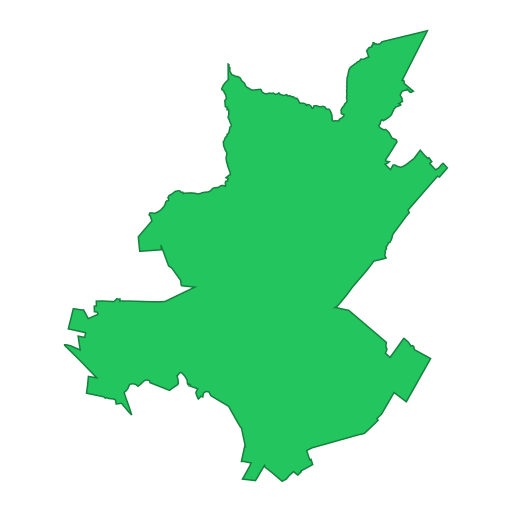 Epazoyucan, Hidalgo, Mexico
{"feature_id": "50627088B39262816099819", "entity_name": "Epazoyucan", "entity_type": "district", "adm_level": 2, "iso_a3": "MEX", "parent_name": "Mexico", "parent_adm1": "Hidalgo", "projection": "albers", "projection_center": [-98.645, 20.038], "detail": "fine", "context": "isolated", "style": "filled", "palette": "green", "viewbox_px": 512, "rotation_deg": 0, "n_neighbors": 0, "source": "geoboundaries", "source_scale": "gbopen_adm2", "svg_char_len": 5991}
<svg xmlns="http://www.w3.org/2000/svg" viewBox="0 0 512 512"><path d="M406.3,401.8L430.6,358.6L414.5,349.7L413.7,346.4L412.5,345.6L410.9,346.0L408.3,342.1L404.0,338.3L403.8,338.3L390.1,357.4L385.4,353.3L387.0,349.2L386.9,348.9L386.7,348.9L385.8,345.7L386.4,342.4L348.7,310.3L340.7,308.7L336.0,307.4L335.2,307.5L338.1,305.3L346.6,295.1L352.7,286.8L366.8,270.4L373.9,261.1L383.6,258.8L386.1,258.0L384.8,255.5L384.9,254.0L385.3,253.2L385.3,250.4L386.4,249.1L386.5,248.6L386.0,246.9L387.2,245.7L388.1,243.6L388.1,243.1L390.0,242.3L391.7,238.8L392.5,235.4L393.1,234.0L405.8,216.8L409.3,212.6L408.0,210.1L437.5,176.2L439.4,177.1L447.4,167.9L443.2,163.4L442.6,163.5L440.9,165.3L438.9,167.8L435.6,169.8L429.7,163.5L431.8,161.6L430.6,160.2L430.4,159.6L428.9,157.7L427.9,158.5L424.6,155.3L420.2,150.2L414.0,158.5L407.5,163.6L404.9,165.4L402.9,166.5L400.7,167.3L397.6,166.4L394.9,165.0L393.0,165.1L390.5,169.7L385.0,164.2L388.1,162.8L389.3,161.7L385.8,161.1L385.5,159.9L389.5,153.9L397.0,141.8L396.3,139.9L392.8,138.3L392.1,138.3L389.2,132.9L387.3,130.8L385.6,129.5L383.7,129.8L379.8,127.6L378.7,125.4L380.3,123.7L380.5,121.9L381.5,120.1L382.1,119.7L383.3,120.7L386.8,118.7L390.2,116.1L391.5,114.6L393.9,109.2L395.8,107.1L400.7,105.1L400.7,104.7L398.8,103.6L400.2,103.1L400.8,102.2L402.5,101.6L401.8,98.5L402.0,98.4L400.1,95.0L402.3,91.0L407.2,89.9L407.2,89.4L409.5,91.6L409.9,92.2L411.1,92.4L413.4,91.2L404.1,83.4L404.1,81.3L403.7,80.5L402.1,80.5L427.4,30.7L382.0,41.7L380.4,43.5L379.2,44.3L378.3,44.1L377.1,44.4L375.9,43.7L375.2,44.1L374.7,44.0L374.0,42.7L373.0,42.8L373.0,44.3L371.9,45.5L372.1,46.5L371.6,47.0L369.2,47.5L366.6,50.7L368.8,57.1L368.1,57.0L363.5,59.3L360.8,59.1L359.5,61.1L359.0,61.2L358.0,61.8L357.3,61.9L356.2,63.3L355.3,63.7L350.4,67.3L349.2,69.2L348.3,72.8L347.9,75.4L347.1,77.6L346.8,83.8L347.1,85.3L346.6,86.3L346.7,87.1L347.1,87.3L347.1,88.2L346.6,89.6L346.9,94.7L346.5,97.7L347.1,100.3L346.6,102.1L344.8,103.9L343.6,106.4L342.6,107.1L341.1,109.8L341.2,113.1L341.5,113.8L341.9,114.0L343.8,114.5L344.0,115.3L343.7,116.3L343.2,116.6L342.4,117.5L339.7,119.1L339.1,119.7L339.0,120.6L338.3,121.0L335.3,120.7L333.8,121.1L332.7,120.9L332.2,120.1L332.0,115.9L331.5,113.7L330.3,110.9L329.0,109.2L326.3,109.1L325.1,107.1L322.9,106.3L320.7,106.9L319.3,106.7L316.5,105.7L314.3,105.9L313.8,106.0L313.3,107.8L312.8,108.4L312.2,108.2L310.6,105.8L308.7,104.6L307.3,104.6L306.5,105.5L305.7,104.1L303.7,103.2L300.0,103.2L299.5,103.0L299.6,102.5L298.6,101.2L298.6,100.8L297.0,98.3L295.6,98.4L294.5,97.8L293.4,96.8L290.9,96.6L290.4,95.9L289.8,95.7L288.1,96.0L287.6,95.8L287.1,94.9L286.3,94.6L285.0,95.3L283.4,95.4L280.1,94.4L279.6,93.5L278.8,92.9L278.4,93.1L277.9,93.8L275.2,94.4L273.8,93.3L272.8,93.1L271.2,93.4L269.2,93.1L266.8,93.9L264.9,93.6L264.0,93.3L261.8,91.8L261.4,90.1L260.5,89.3L253.2,90.1L251.4,89.8L246.4,86.9L245.4,85.7L244.8,83.6L241.2,80.2L240.7,78.7L239.8,77.6L237.6,76.5L236.9,76.4L236.1,76.7L234.3,75.6L232.1,74.9L229.8,71.3L229.9,67.6L229.3,67.4L228.8,66.5L229.0,64.6L228.1,64.1L228.2,78.4L228.7,78.9L227.5,80.5L225.5,82.4L223.3,85.3L221.6,88.9L221.9,89.7L223.7,91.0L224.2,91.9L224.2,92.7L225.0,93.9L225.7,94.6L226.4,98.6L224.8,100.6L225.3,106.5L225.6,106.9L227.1,107.3L227.0,109.4L227.2,109.8L228.2,109.5L228.5,110.0L228.7,111.2L228.8,114.7L228.1,117.0L228.2,118.0L228.6,118.8L229.3,119.5L229.5,120.9L231.4,125.1L231.0,126.4L230.3,126.8L229.9,127.5L229.0,131.9L228.5,133.3L227.0,134.4L227.0,135.9L225.1,137.9L224.5,140.0L223.3,141.8L223.6,145.6L225.3,150.2L226.6,152.3L226.8,154.2L226.0,158.1L226.8,163.0L227.6,163.9L227.4,165.2L230.0,172.2L230.4,174.6L229.5,174.9L225.9,177.7L226.3,178.1L226.7,177.9L227.7,178.1L228.2,178.6L227.4,181.0L225.8,181.2L225.5,181.8L225.3,182.8L225.6,186.2L225.0,186.2L224.0,185.7L222.3,185.4L220.8,185.8L218.4,187.4L214.0,187.9L212.1,188.9L210.5,190.9L207.9,192.0L204.1,192.3L203.3,192.6L202.0,192.7L200.7,193.4L197.4,194.0L195.4,193.3L191.4,192.9L186.0,193.1L184.2,193.2L183.4,193.6L182.8,192.2L181.0,192.2L179.8,190.9L178.2,190.8L175.2,191.4L172.0,194.0L169.2,195.4L167.9,197.7L168.5,198.3L168.5,200.5L166.5,201.0L165.8,201.9L165.1,204.5L164.1,206.3L160.6,210.2L157.4,212.2L154.6,213.4L152.0,212.9L149.8,213.0L149.1,214.6L149.4,215.4L150.2,215.9L151.9,220.9L138.3,236.8L139.7,251.3L161.4,249.8L160.9,245.0L168.6,265.9L172.0,268.3L180.5,280.2L181.3,285.4L181.5,285.7L194.8,287.1L165.0,301.5L159.0,301.8L149.4,301.7L130.8,301.1L120.2,301.0L120.6,300.2L119.9,300.8L120.0,299.0L118.2,299.2L116.9,298.7L114.0,301.6L103.1,301.0L96.3,301.1L96.4,305.9L94.2,306.2L94.4,311.7L97.4,312.2L97.9,314.1L97.8,314.4L88.2,318.6L83.6,309.9L83.0,310.1L73.3,308.7L68.3,328.9L85.6,332.7L84.7,337.4L78.1,336.1L80.2,350.0L70.8,345.8L67.0,344.9L64.6,344.7L64.6,345.3L79.7,360.2L96.7,377.8L88.4,376.4L87.5,385.8L86.5,393.2L103.7,396.8L105.4,398.2L106.5,397.7L109.3,398.6L112.5,398.9L114.8,399.4L115.4,400.0L116.2,404.0L121.5,403.3L128.7,411.9L131.7,415.0L129.3,407.5L124.8,394.8L124.2,392.3L125.7,391.2L127.6,389.1L129.5,384.6L130.9,384.0L132.8,383.8L134.3,384.0L136.2,384.7L138.0,386.3L140.7,384.1L143.5,381.4L145.2,380.3L147.1,379.9L149.5,380.7L149.9,381.6L149.9,382.6L169.6,390.4L171.6,388.7L177.6,384.7L178.4,383.4L177.9,379.2L177.0,375.7L177.5,375.5L179.8,372.8L180.4,372.5L181.1,372.5L182.7,373.7L185.0,376.4L187.2,380.2L187.4,383.4L188.2,384.8L188.4,383.9L190.0,384.4L190.4,384.7L189.8,386.0L197.8,388.8L195.9,392.2L196.2,394.1L197.9,398.5L198.5,399.0L200.9,396.3L202.8,397.0L203.5,393.1L205.6,391.6L208.8,391.8L210.9,395.7L228.6,406.3L237.5,422.2L240.7,427.4L241.4,427.8L245.4,446.6L244.7,446.3L241.4,461.5L243.1,461.4L251.2,463.0L249.3,466.9L242.5,479.1L255.5,480.6L264.6,465.2L264.8,465.3L264.2,466.5L272.0,472.6L282.2,481.3L286.6,478.9L286.6,478.7L288.9,475.9L293.5,471.6L297.7,475.1L301.2,471.8L300.9,471.2L301.0,470.9L312.7,464.6L311.0,459.3L309.7,459.9L306.7,450.5L312.2,447.8L354.7,435.8L359.5,434.5L362.0,434.1L364.5,433.3L375.6,422.8L378.1,420.2L376.9,418.6L381.6,414.0L394.1,392.5L406.3,401.8Z" fill="#22c55e" stroke="#15803d" stroke-width="1.5"/></svg>